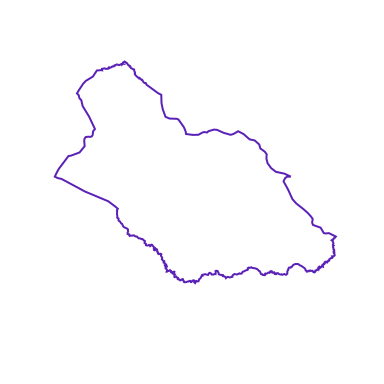 Uvira, Sud-Kivu, Democratic Republic of the Congo (Albers equal-area conic projection), rotated 127°
{"feature_id": "63176286B42701779698156", "entity_name": "Uvira", "entity_type": "district", "adm_level": 2, "iso_a3": "COD", "parent_name": "Democratic Republic of the Congo", "parent_adm1": "Sud-Kivu", "projection": "albers", "projection_center": [29.091, -3.199], "detail": "fine", "context": "isolated", "style": "outline", "palette": "violet", "viewbox_px": 384, "rotation_deg": 127, "n_neighbors": 0, "source": "geoboundaries", "source_scale": "gbopen_adm2", "svg_char_len": 6003}
<svg xmlns="http://www.w3.org/2000/svg" viewBox="0 0 384 384"><g transform="rotate(127 192 192)"><path d="M262.3,310.8L261.7,307.6L260.1,304.2L256.0,277.6L249.8,253.3L249.8,244.4L250.0,241.1L251.8,241.0L252.2,240.4L254.9,238.5L256.3,237.0L257.5,236.3L257.4,234.7L258.7,233.8L259.1,233.1L258.9,231.7L259.7,229.8L259.5,228.8L261.0,225.9L260.9,224.7L260.3,222.0L260.4,220.6L261.5,219.9L261.9,219.3L263.5,218.8L264.3,218.1L263.6,216.5L264.5,215.8L264.6,215.3L263.9,214.9L262.9,213.5L262.2,213.1L261.5,211.9L261.7,211.2L261.2,209.7L260.7,209.2L261.1,206.8L260.1,205.1L260.1,204.1L259.6,203.7L259.3,202.3L259.8,201.5L259.4,200.3L260.1,199.7L261.3,199.2L261.1,197.7L262.2,196.8L261.8,195.7L261.3,195.1L260.0,194.3L259.9,193.4L260.4,192.8L260.0,192.6L258.9,192.9L258.4,192.6L258.2,192.0L259.0,189.6L258.9,188.3L260.3,188.4L261.2,187.4L261.1,186.9L260.8,186.5L259.2,186.4L258.9,186.0L259.2,184.9L260.6,184.0L260.6,182.8L261.7,182.1L261.6,181.1L260.4,180.3L260.1,179.2L260.3,178.9L261.1,178.9L261.7,178.3L262.4,176.2L263.9,175.6L264.2,173.6L263.9,172.5L264.3,172.2L265.1,172.5L265.5,172.2L265.2,171.3L265.5,170.0L265.4,169.0L265.9,168.7L266.3,168.8L267.0,169.5L267.2,169.2L267.2,168.8L266.4,167.9L266.4,167.2L266.8,167.1L267.6,167.7L268.6,167.5L268.9,167.2L268.9,166.1L269.3,165.0L270.1,164.5L270.9,164.3L270.7,164.0L269.4,163.8L269.2,163.1L268.7,162.8L267.7,162.6L267.9,162.0L267.6,161.3L267.8,160.8L268.7,160.5L268.7,159.9L266.3,158.3L266.3,158.0L266.9,157.8L268.6,157.9L268.1,156.1L269.0,156.1L270.5,154.8L270.4,154.5L269.5,154.4L269.0,153.8L269.4,152.6L269.0,151.4L269.3,150.9L270.1,150.9L270.1,150.3L269.5,149.4L269.7,148.2L269.4,147.9L268.1,147.7L267.1,147.0L267.1,146.6L268.0,145.8L268.0,144.9L268.7,144.4L268.7,143.9L267.8,142.7L266.2,141.7L265.6,140.9L265.1,140.8L264.0,140.0L264.0,139.6L264.6,138.8L264.3,138.3L262.3,138.2L261.4,137.4L261.4,136.8L262.0,136.7L262.7,136.1L262.9,134.7L260.4,135.0L260.0,133.6L259.4,133.1L257.3,133.8L255.7,133.3L253.4,133.8L252.5,133.1L252.3,133.3L252.6,133.8L252.1,134.0L249.7,132.0L248.6,129.3L246.4,129.5L245.9,129.3L245.6,128.0L246.1,126.6L245.0,125.2L243.7,124.5L243.4,123.8L241.4,125.0L241.1,125.6L240.4,125.4L239.7,124.1L240.4,122.4L241.6,121.1L241.0,119.3L239.7,117.2L240.0,116.8L240.6,116.6L239.8,115.2L239.8,114.4L240.4,113.1L239.4,113.0L238.2,112.3L237.7,110.7L236.6,109.6L236.0,109.4L235.4,108.7L234.2,109.4L232.0,108.8L230.8,106.4L229.9,106.0L229.3,105.4L228.5,105.3L228.1,104.1L227.3,103.3L225.2,103.5L224.1,102.7L222.4,102.0L220.8,100.7L220.1,100.8L219.4,101.6L218.4,101.4L217.8,100.1L216.5,99.5L216.3,98.1L214.8,95.3L214.3,93.2L214.7,91.2L214.5,90.3L214.9,89.3L216.0,87.7L215.7,86.4L215.4,86.2L215.6,85.4L214.5,83.7L214.3,83.7L213.8,84.4L213.0,84.4L212.8,83.7L212.2,83.2L210.3,82.5L209.9,81.4L209.0,81.3L208.4,81.7L207.7,81.4L207.3,80.4L207.6,80.0L208.1,79.8L208.1,79.4L207.8,78.8L206.7,78.2L206.8,77.5L207.6,77.0L207.7,76.7L207.0,75.3L206.4,75.2L206.0,75.5L205.1,74.6L205.2,73.1L204.7,71.7L203.8,70.9L203.9,70.4L203.6,69.9L202.0,69.0L201.6,67.1L200.0,66.7L197.8,68.2L196.0,68.3L195.7,68.8L194.0,69.0L193.1,67.8L192.7,67.9L192.5,67.5L191.4,67.2L190.1,67.4L188.6,66.9L187.2,66.0L185.6,63.8L185.7,61.6L185.2,60.4L185.1,56.0L185.7,54.5L186.3,54.0L186.0,52.6L186.4,52.3L185.8,51.6L185.2,51.7L184.8,51.5L184.2,51.0L184.2,50.3L183.5,50.1L183.5,49.6L182.5,48.5L182.9,47.0L182.7,46.3L182.1,46.6L181.9,46.4L182.2,46.0L181.9,45.6L181.1,45.6L180.3,46.1L179.9,45.6L178.3,45.3L178.3,44.5L177.7,44.7L177.5,44.3L176.2,45.0L176.6,45.3L176.2,45.7L175.5,45.6L174.8,45.3L175.0,44.5L174.8,44.3L175.2,43.9L174.9,43.8L174.4,44.1L174.0,43.7L173.2,43.7L173.4,43.4L173.0,43.3L172.8,42.5L171.4,44.0L170.7,43.5L170.3,43.5L170.4,43.1L169.8,42.9L169.2,43.0L169.0,43.4L168.6,43.4L168.5,43.7L167.7,43.6L167.8,43.0L167.2,42.9L167.0,41.8L165.9,42.2L165.2,41.3L164.9,41.3L164.6,41.6L164.3,41.4L164.0,41.7L163.4,41.4L162.9,41.8L161.4,41.4L160.6,40.5L160.1,40.3L159.7,40.4L159.1,41.4L158.1,40.2L156.8,39.9L156.2,40.4L155.6,41.6L155.0,41.6L155.0,42.4L154.6,43.0L153.5,42.8L153.2,43.1L153.0,43.9L152.6,43.8L152.4,44.2L152.6,44.5L151.4,45.6L151.2,46.2L150.2,46.8L149.5,46.6L149.4,47.7L148.0,48.1L147.0,49.3L146.9,49.9L146.4,50.2L146.4,50.9L145.8,50.8L146.0,51.3L144.2,50.7L142.7,50.8L142.4,50.3L141.0,50.3L142.5,58.0L144.6,60.2L145.5,62.0L143.1,67.8L145.5,75.6L144.2,77.6L140.9,79.4L140.0,82.1L139.1,86.7L138.6,92.8L138.4,102.0L137.2,107.6L132.3,116.6L128.4,125.3L125.1,126.0L122.7,125.4L120.3,122.4L121.7,129.2L125.4,137.1L125.3,143.2L123.5,149.0L120.5,152.7L117.0,155.0L116.0,158.0L116.1,163.6L113.6,166.9L113.1,173.0L115.3,177.7L114.7,185.6L115.7,191.7L120.7,193.8L123.1,195.6L125.7,202.3L127.3,209.4L129.0,212.1L133.6,215.5L135.3,215.7L136.8,218.3L138.1,219.4L142.4,221.3L145.9,225.7L149.3,231.7L147.6,233.3L145.2,237.3L142.3,246.3L142.7,248.2L146.9,254.2L147.9,258.4L143.4,265.3L139.3,269.9L132.9,275.0L133.5,278.7L133.7,292.9L132.8,294.5L133.5,295.4L133.5,296.7L132.4,299.3L132.9,299.8L132.6,301.1L132.8,302.0L133.2,302.4L133.0,302.8L132.5,302.7L132.5,303.0L133.1,303.9L132.8,307.1L132.2,308.8L131.6,308.8L130.7,309.6L130.6,310.3L129.0,312.0L129.5,312.9L129.4,313.8L129.8,315.1L129.6,315.8L129.0,316.5L129.3,317.1L129.0,317.3L129.2,317.5L128.7,318.2L129.1,319.0L128.2,321.6L128.6,322.1L128.2,323.4L128.4,324.2L128.9,324.0L129.4,324.8L130.1,325.0L131.2,324.6L131.2,324.3L131.4,324.6L132.3,324.6L131.9,325.1L132.1,325.4L132.5,325.4L133.3,326.0L134.1,326.2L134.6,326.6L135.3,328.8L136.7,329.4L137.2,329.9L137.6,329.7L137.8,330.1L138.7,330.0L139.3,330.9L139.8,330.9L140.4,331.6L141.4,331.7L142.0,332.3L142.4,333.4L142.8,333.5L143.3,332.8L144.0,333.1L145.6,335.0L145.7,336.0L147.8,338.0L148.9,337.0L149.2,337.7L152.2,341.1L159.5,340.6L167.2,343.7L171.1,344.1L178.9,343.6L182.5,343.2L182.9,340.7L184.9,338.3L185.2,335.8L189.2,331.0L193.7,319.6L200.1,307.4L203.1,307.5L206.1,305.7L207.8,305.5L209.1,306.3L210.4,308.3L212.2,310.0L214.4,309.8L216.1,308.8L220.0,305.3L228.1,305.6L235.9,310.6L237.6,312.3L253.5,312.3L257.3,311.8L262.3,310.8Z" fill="none" stroke="#5b21b6" stroke-width="2"/></g></svg>